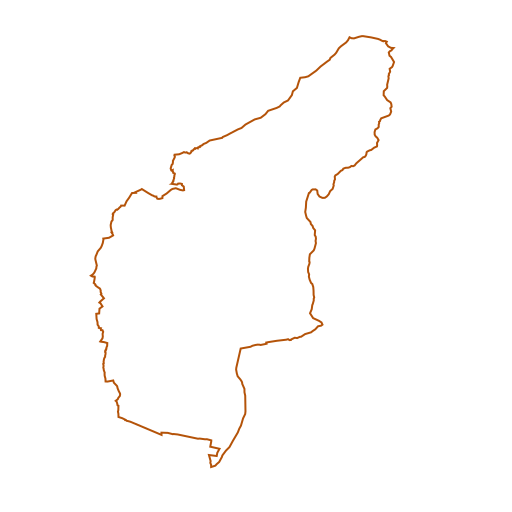 the district of Derna, Bihor, Romania, rotated 261°
{"feature_id": "2599482B80788744721103", "entity_name": "Derna", "entity_type": "district", "adm_level": 2, "iso_a3": "ROU", "parent_name": "Romania", "parent_adm1": "Bihor", "projection": "orthographic", "projection_center": [22.291, 47.2], "detail": "fine", "context": "isolated", "style": "outline", "palette": "amber", "viewbox_px": 512, "rotation_deg": 261, "n_neighbors": 0, "source": "geoboundaries", "source_scale": "gbopen_adm2", "svg_char_len": 6031}
<svg xmlns="http://www.w3.org/2000/svg" viewBox="0 0 512 512"><g transform="rotate(261 256 256)"><path d="M457.4,382.6L454.7,380.6L452.8,378.4L449.9,372.8L448.2,370.3L444.2,367.0L442.6,365.1L440.0,360.5L438.3,359.5L436.9,356.6L433.1,349.5L429.7,344.6L425.3,335.8L424.9,332.5L425.1,327.6L421.2,325.4L415.6,322.7L412.9,318.2L409.3,316.6L404.6,311.9L403.3,307.5L401.0,303.9L400.0,302.8L399.0,299.5L398.1,294.2L397.5,290.7L394.6,287.5L391.8,282.3L391.1,276.1L387.5,266.2L384.7,261.7L383.9,258.0L381.0,249.4L379.9,246.4L378.7,241.7L378.0,241.1L377.3,228.3L375.5,224.6L374.8,221.6L373.8,220.3L373.8,219.8L373.2,218.1L372.7,218.1L372.5,217.8L372.9,217.3L372.3,216.6L372.4,216.0L372.2,215.9L372.0,215.4L371.4,215.3L371.8,214.2L372.0,212.6L371.4,212.5L371.5,212.0L371.1,211.2L370.2,210.5L370.2,209.6L369.6,209.1L369.7,208.6L368.6,208.1L367.7,207.1L367.5,206.1L367.9,205.6L368.2,204.8L369.3,203.8L369.1,203.1L369.3,202.1L369.9,201.1L369.3,199.4L368.5,196.0L368.8,191.4L368.1,191.1L366.7,191.4L365.9,191.0L362.9,188.8L361.9,188.7L360.0,188.1L359.2,187.0L355.8,185.4L355.0,185.5L354.5,185.8L353.8,185.7L353.5,186.1L353.9,187.2L352.5,186.9L352.0,187.3L351.1,187.2L350.1,188.7L349.5,188.6L348.4,188.0L347.0,187.7L346.2,187.2L345.6,187.3L343.3,186.0L343.0,186.2L341.7,184.9L341.4,185.1L340.5,184.5L340.4,184.2L338.9,189.0L339.0,189.7L339.7,190.4L339.5,192.3L338.8,194.1L337.5,193.9L335.9,195.5L332.3,195.3L332.2,194.1L333.2,191.4L335.5,187.4L335.3,184.0L334.7,182.4L331.7,177.5L329.8,173.0L327.8,172.6L327.5,169.9L327.6,168.8L328.0,167.5L328.4,167.4L329.6,166.8L330.3,166.9L330.7,165.0L331.6,164.1L332.1,163.0L335.1,159.3L340.0,153.7L339.6,152.9L337.9,146.8L337.2,147.1L337.6,143.4L333.4,139.8L330.3,136.7L326.3,134.1L326.9,130.7L326.5,130.5L325.6,129.6L325.4,129.0L324.0,127.3L323.5,126.3L323.7,126.2L323.7,125.6L323.2,124.5L321.5,123.0L320.8,122.1L320.5,121.4L319.8,121.0L319.5,121.0L319.1,121.4L316.7,120.5L314.2,120.1L313.6,119.8L313.1,119.0L312.4,118.5L309.3,117.3L307.0,117.1L303.0,117.3L301.9,117.6L301.8,117.0L299.8,117.9L298.7,118.1L297.0,113.7L297.1,107.9L296.2,107.9L292.8,106.7L290.1,105.2L288.4,104.0L285.3,100.4L282.4,98.7L280.8,97.6L278.8,96.9L277.8,96.8L271.5,97.3L270.3,96.7L268.7,96.3L265.3,94.0L264.3,93.1L263.2,91.7L262.4,89.9L261.7,90.7L261.2,91.6L260.9,93.4L260.5,93.5L258.4,92.9L255.3,91.8L254.8,91.5L253.2,92.8L252.7,93.0L252.3,92.8L251.5,93.3L249.5,95.3L248.4,96.6L247.5,97.0L245.8,97.2L244.9,96.9L242.9,97.4L242.3,96.7L238.0,99.2L235.3,94.9L234.5,94.0L233.7,95.0L230.2,96.5L228.5,93.2L223.8,92.1L223.9,89.2L218.7,88.7L215.5,89.1L212.9,88.8L211.1,89.7L209.6,89.5L208.9,91.5L208.4,91.2L207.0,91.3L206.7,92.8L205.0,93.2L203.1,92.3L200.5,92.1L198.7,91.5L195.9,88.8L195.7,89.2L194.7,92.5L193.3,95.5L190.4,94.9L189.1,94.0L187.7,93.7L187.0,93.3L187.2,93.1L185.9,92.2L184.9,92.0L184.8,92.3L183.9,92.3L182.6,92.0L181.2,91.4L180.0,91.2L179.3,90.5L177.9,89.7L175.3,88.9L173.9,88.9L173.6,88.7L173.5,88.3L173.2,88.2L171.3,88.3L169.6,87.7L168.5,87.9L167.2,87.8L164.4,88.3L163.4,88.0L161.3,87.8L158.5,88.1L155.6,87.8L155.2,89.7L155.4,95.5L153.1,95.8L149.5,98.3L148.9,98.5L147.1,98.6L144.4,99.2L141.4,100.2L140.3,100.1L139.0,99.6L137.4,97.8L136.2,97.1L134.9,94.8L134.1,95.5L132.4,95.8L130.2,95.9L129.6,96.7L125.3,95.9L123.9,95.3L121.7,95.4L118.5,95.0L116.8,98.4L114.7,101.4L114.4,101.3L114.3,101.9L113.5,102.4L113.0,103.7L112.0,105.9L94.1,134.7L96.3,135.0L95.1,141.2L93.0,146.0L93.1,146.6L92.0,150.7L84.6,170.1L84.5,171.8L83.0,176.8L82.7,178.9L80.9,183.0L79.9,182.8L74.8,181.0L71.3,189.8L67.7,187.0L64.6,185.9L66.8,178.4L60.5,179.1L58.8,178.5L56.9,179.0L54.6,178.7L55.3,183.1L56.5,184.5L58.3,187.4L63.0,191.0L64.2,191.5L68.5,195.9L71.4,199.9L77.0,204.2L84.5,210.4L88.1,212.5L90.8,214.6L97.6,217.8L101.6,220.6L104.2,221.3L119.7,223.5L123.2,223.3L126.6,223.8L131.9,222.4L132.9,222.5L134.2,222.3L136.6,221.2L140.0,219.1L142.9,218.7L147.0,218.6L148.8,219.1L167.0,226.4L167.2,236.4L167.9,238.4L168.2,241.5L168.2,243.8L167.9,245.4L167.4,246.6L167.6,251.5L167.7,252.7L168.9,252.6L169.0,255.0L169.0,263.1L168.6,272.7L168.8,274.7L167.7,275.9L167.6,277.4L168.1,277.7L169.2,281.5L168.5,283.8L169.3,286.7L169.2,287.9L171.2,292.3L172.0,298.5L172.9,300.0L174.3,303.1L176.9,306.3L177.0,309.4L177.8,310.9L180.1,310.3L182.1,308.1L185.7,302.7L191.0,300.4L194.7,302.7L198.7,303.9L199.8,304.6L203.1,306.1L204.7,306.3L206.0,307.0L208.5,306.8L212.6,307.4L216.4,307.7L219.6,307.2L220.7,306.2L224.2,305.3L227.3,305.0L229.6,305.6L232.0,305.0L235.2,305.3L237.1,305.9L239.9,307.5L241.6,308.0L242.3,307.7L245.9,308.4L249.3,309.5L252.5,313.9L254.1,314.9L259.3,317.2L261.6,317.2L263.6,317.9L265.7,318.0L267.5,317.3L272.1,318.4L274.7,316.9L276.8,316.6L279.0,315.2L281.1,315.1L285.6,312.1L287.8,311.8L291.8,311.5L295.9,312.8L301.9,314.1L309.9,318.1L310.0,318.8L312.5,321.3L312.9,322.3L312.5,325.3L311.1,326.7L307.6,326.6L304.8,328.0L303.0,330.7L302.7,333.1L303.7,335.2L305.6,337.5L308.5,339.4L310.3,342.2L313.5,343.8L314.7,343.7L316.6,344.7L318.0,345.0L319.4,346.0L322.1,346.2L323.2,347.0L324.2,349.5L326.9,353.2L327.3,354.8L328.6,355.9L329.1,358.2L328.8,361.0L329.1,362.7L330.0,364.3L329.5,366.0L330.0,367.6L331.8,369.5L336.8,377.4L336.8,378.8L337.9,380.1L339.2,380.9L341.2,381.5L341.7,382.1L342.6,384.8L342.7,386.4L344.5,389.6L345.3,392.6L346.5,393.0L348.7,393.2L351.3,395.2L353.9,394.2L355.4,392.9L357.3,392.2L359.8,392.5L362.3,393.7L363.1,396.0L364.3,397.4L366.5,397.7L368.0,398.5L369.3,398.5L369.9,399.6L370.9,400.0L372.4,401.2L373.9,408.8L374.3,409.8L375.1,410.7L377.5,412.1L381.0,411.8L382.2,413.3L384.8,413.4L386.6,413.0L389.5,409.9L393.4,408.1L394.8,407.2L398.8,408.0L401.5,411.8L403.0,412.2L404.6,412.3L410.7,414.8L412.9,414.9L413.9,415.7L414.9,415.6L417.0,417.3L420.0,417.3L421.3,419.9L422.3,420.7L426.0,422.7L431.5,420.5L432.9,419.2L436.3,419.0L437.4,420.4L437.9,422.0L438.8,422.8L439.9,424.3L440.5,421.8L442.4,419.3L445.9,417.6L447.2,418.7L448.1,417.2L448.4,415.4L448.2,415.2L449.0,413.9L450.2,412.4L451.3,410.5L453.9,403.9L456.4,396.2L456.6,395.0L456.4,392.0L455.6,386.8L456.2,384.3L457.4,382.6Z" fill="none" stroke="#b45309" stroke-width="2"/></g></svg>